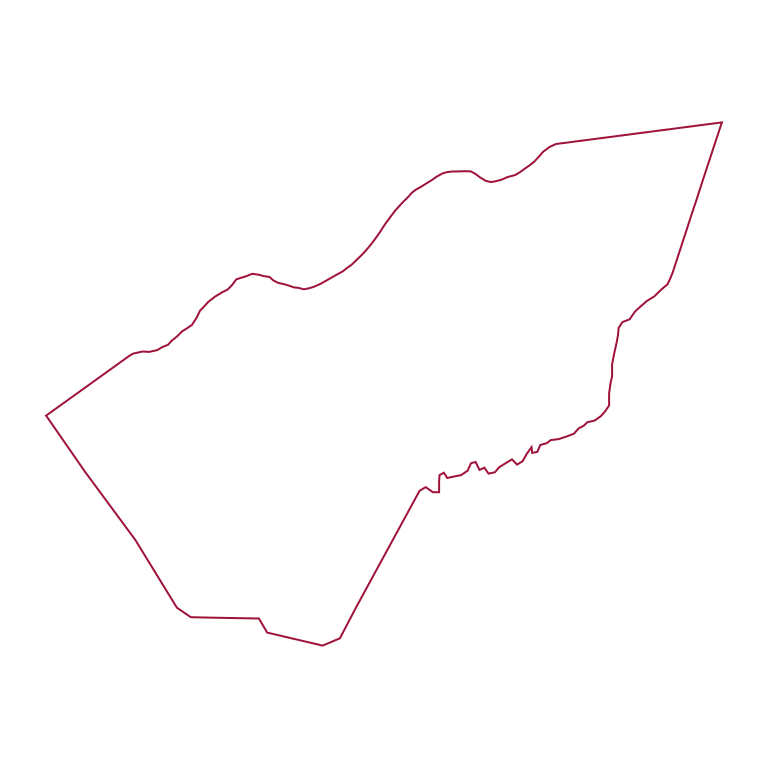 the district of Catolândia, Bahia, Brazil
{"feature_id": "56859067B46911675561389", "entity_name": "Catolândia", "entity_type": "district", "adm_level": 2, "iso_a3": "BRA", "parent_name": "Brazil", "parent_adm1": "Bahia", "projection": "equal_earth", "projection_center": [-44.671, -12.276], "detail": "fine", "context": "isolated", "style": "outline", "palette": "rose", "viewbox_px": 768, "rotation_deg": 0, "n_neighbors": 0, "source": "geoboundaries", "source_scale": "gbopen_adm2", "svg_char_len": 2091}
<svg xmlns="http://www.w3.org/2000/svg" viewBox="0 0 768 768"><path d="M555.9,144.0L549.3,147.1L542.9,152.0L539.0,156.5L534.4,161.5L529.1,165.7L524.9,168.6L520.8,171.6L515.3,175.0L507.4,177.1L501.5,179.7L495.9,181.2L490.6,182.1L485.3,180.6L479.6,177.1L475.8,174.1L470.8,171.4L464.6,171.2L458.8,171.4L451.0,171.6L446.6,172.2L442.3,173.5L436.3,176.9L431.9,180.0L425.9,183.7L421.0,186.8L415.6,189.8L411.9,192.7L408.2,196.9L403.1,201.9L398.8,206.6L395.1,210.7L390.5,216.8L385.2,224.0L379.7,232.5L375.0,239.1L371.8,243.4L366.6,249.7L361.8,254.9L356.6,259.9L351.4,264.9L347.4,267.7L342.8,271.3L335.0,275.6L328.9,279.1L320.8,283.7L313.9,286.8L308.6,288.4L303.7,289.3L298.2,287.8L293.8,287.4L289.0,285.6L283.5,284.1L277.7,282.7L273.2,280.3L269.4,276.9L264.1,276.2L259.1,274.8L252.4,273.8L245.9,276.3L240.7,277.9L236.3,279.4L232.1,285.0L227.8,289.4L221.6,292.6L214.9,296.7L208.5,301.7L203.7,306.9L200.0,310.7L197.0,317.1L191.9,325.0L185.9,329.0L182.0,331.4L177.4,336.1L171.4,341.0L168.0,344.8L162.6,346.9L157.3,350.1L149.1,351.9L142.6,351.5L137.1,352.7L132.9,353.7L128.8,356.2L55.9,408.6L46.1,415.6L85.4,472.3L97.8,489.1L135.3,539.9L176.9,607.7L190.8,617.2L218.9,617.8L258.9,618.5L267.2,632.6L322.6,645.6L339.9,638.3L346.4,625.9L352.1,615.0L355.8,607.9L419.5,490.9L425.7,487.1L432.8,492.2L439.1,492.2L439.1,481.9L439.5,475.1L443.9,472.7L447.3,478.0L453.6,476.6L461.1,475.1L467.6,470.7L471.0,463.2L475.6,462.0L479.5,469.9L484.4,467.7L488.5,473.6L494.9,472.3L499.1,467.3L505.0,463.6L512.0,459.4L517.1,464.6L522.6,461.2L526.5,454.3L531.5,447.2L532.2,452.9L537.3,451.9L540.3,445.0L546.7,443.2L550.7,440.1L558.7,439.1L566.0,436.7L573.9,433.7L578.7,428.4L583.9,425.6L587.4,422.2L594.8,420.5L601.1,415.9L605.4,411.0L609.1,405.5L609.1,393.4L610.5,383.5L612.1,376.0L612.1,364.3L614.0,354.4L615.3,348.5L616.7,342.2L618.0,335.1L618.6,328.0L622.4,322.1L629.6,319.3L635.3,311.2L641.3,305.8L647.1,300.8L654.3,296.4L660.9,289.9L667.5,284.3L670.5,277.9L672.6,272.8L687.5,227.1L691.2,215.6L696.3,200.4L703.5,178.1L718.7,132.0L721.9,122.4L703.4,124.8L555.9,144.0Z" fill="none" stroke="#9f1239" stroke-width="2"/></svg>